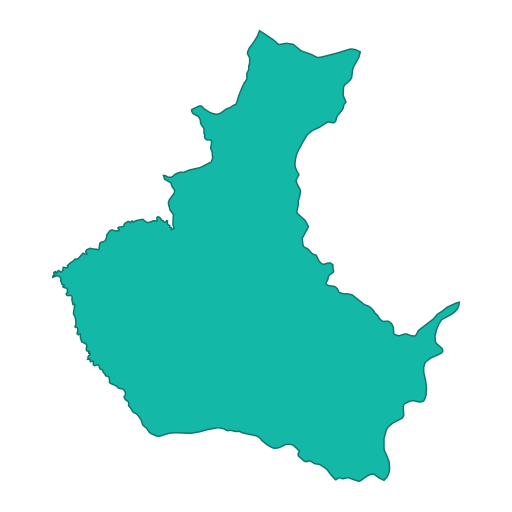 Vijes, Valle del Cauca, Colombia
{"feature_id": "7082276B51677864129735", "entity_name": "Vijes", "entity_type": "district", "adm_level": 2, "iso_a3": "COL", "parent_name": "Colombia", "parent_adm1": "Valle del Cauca", "projection": "albers", "projection_center": [-76.484, 3.756], "detail": "fine", "context": "isolated", "style": "filled", "palette": "teal", "viewbox_px": 512, "rotation_deg": 0, "n_neighbors": 0, "source": "geoboundaries", "source_scale": "gbopen_adm2", "svg_char_len": 5980}
<svg xmlns="http://www.w3.org/2000/svg" viewBox="0 0 512 512"><path d="M459.3,302.2L456.0,303.1L447.5,307.0L441.9,311.4L437.5,314.2L433.5,318.9L418.4,330.5L415.9,335.3L415.1,335.9L413.4,336.0L410.6,335.6L407.5,334.2L405.7,334.0L403.8,334.2L399.9,335.6L397.9,335.6L394.4,334.4L393.7,333.3L393.4,327.6L392.1,324.5L390.7,322.8L388.2,321.2L383.4,321.4L381.8,320.9L379.2,318.2L377.5,315.2L375.1,313.2L373.4,310.4L370.9,307.8L369.0,306.4L364.4,304.6L352.1,294.8L347.5,293.8L343.7,293.8L340.1,292.8L338.9,292.1L337.3,288.7L335.3,286.9L333.7,286.2L329.2,285.8L326.4,284.5L325.9,283.9L326.1,282.7L327.3,280.7L328.1,278.5L328.4,276.5L329.3,275.1L333.1,272.5L333.5,271.8L333.6,270.9L333.0,268.5L332.9,264.8L330.8,263.2L329.9,262.9L326.9,263.3L323.6,264.4L322.3,264.0L320.6,262.8L318.8,260.7L316.2,255.2L313.5,254.4L311.7,253.2L307.8,248.8L304.7,247.4L303.5,246.3L302.9,244.6L302.2,238.4L308.5,226.6L305.3,220.6L297.4,213.4L297.0,212.4L296.8,211.5L298.4,204.5L298.3,200.6L299.6,196.8L300.5,191.1L300.0,189.3L296.6,183.0L296.2,180.8L296.3,179.5L298.8,174.9L298.8,174.2L296.9,171.3L295.5,167.7L294.9,165.0L295.3,160.0L296.5,154.7L298.5,150.1L303.2,141.4L307.0,135.2L308.2,133.9L312.6,130.4L319.4,127.3L326.9,122.4L328.8,121.9L332.7,122.8L333.8,122.7L334.5,122.4L335.8,120.8L336.9,116.7L337.8,115.2L341.9,110.5L343.1,108.3L344.0,104.5L346.0,102.2L343.4,96.0L343.1,93.9L343.6,87.0L344.5,85.1L349.4,80.9L351.5,78.2L352.8,69.0L353.5,66.9L358.8,57.5L360.3,51.9L355.6,49.7L352.4,49.1L350.0,49.1L336.3,53.3L322.2,56.9L318.3,57.5L316.7,57.3L311.5,54.5L301.2,50.9L293.1,44.3L286.4,43.3L278.7,44.6L273.2,39.7L259.6,30.7L257.4,36.1L253.7,42.3L249.2,48.2L247.5,52.2L247.5,53.8L249.4,57.2L249.7,60.4L249.5,63.8L248.7,65.9L248.8,69.4L246.8,73.6L247.0,78.7L245.5,81.4L244.3,82.7L241.6,88.6L238.8,95.6L236.2,104.1L233.5,105.3L230.1,107.5L225.8,109.3L220.9,113.0L217.7,114.3L214.5,113.9L210.4,112.8L203.8,108.6L201.8,106.3L200.4,105.9L199.0,106.1L191.6,109.6L191.9,111.7L193.3,113.8L198.2,116.3L199.9,118.9L200.4,120.6L200.4,122.2L201.1,124.4L202.3,126.3L203.2,127.0L204.0,128.7L204.0,133.4L204.9,134.9L204.5,136.8L204.8,138.0L206.2,139.5L207.3,140.0L210.3,139.8L211.7,141.5L210.7,148.1L211.1,149.5L212.1,151.5L212.6,158.4L211.2,162.0L200.1,167.6L189.4,170.0L183.7,172.4L180.3,172.2L177.3,173.2L174.4,174.7L172.8,176.5L170.8,177.3L168.3,177.2L165.0,175.5L163.4,175.5L164.7,179.3L170.9,182.8L172.1,186.8L174.5,189.7L174.5,191.9L174.1,193.2L169.4,199.7L168.5,202.1L168.4,203.7L170.1,210.1L173.4,214.4L172.9,224.2L174.0,228.4L171.4,229.7L171.5,227.8L170.0,227.2L169.7,226.9L169.8,225.7L167.9,224.4L167.2,223.1L167.5,220.7L167.0,220.5L165.3,222.2L164.3,222.2L162.9,220.5L161.8,220.3L159.9,217.6L158.6,216.9L157.8,216.8L156.8,217.6L157.2,220.2L156.6,221.4L155.4,220.8L153.2,220.7L152.0,221.2L151.5,221.7L147.8,222.6L146.3,222.1L142.8,219.3L136.9,220.4L134.6,221.3L133.6,222.3L132.1,220.9L130.3,222.7L128.9,221.4L127.6,221.6L124.7,223.6L123.3,226.6L118.3,227.3L117.9,228.1L119.4,229.8L119.0,230.5L115.7,231.0L111.9,229.9L110.0,230.6L106.8,234.8L106.6,237.4L105.6,239.4L105.5,240.6L104.0,241.4L100.9,242.3L99.8,243.4L98.9,249.5L98.1,249.8L96.6,249.2L93.8,249.1L90.1,248.3L86.8,249.7L85.6,251.6L86.9,253.7L86.8,254.2L84.5,254.0L83.9,253.3L82.8,253.4L78.1,258.8L75.0,259.2L73.4,260.9L70.5,262.7L68.1,264.9L67.4,265.7L68.1,266.8L67.7,267.6L66.2,267.8L63.2,267.3L62.9,270.2L61.6,271.9L60.6,272.1L58.8,270.5L58.1,270.7L56.9,273.1L56.0,273.0L55.7,271.5L54.8,271.8L53.7,272.8L53.8,273.8L54.4,274.3L54.5,274.9L52.7,276.2L52.8,277.2L57.0,275.7L58.5,276.0L59.8,276.9L61.0,278.7L60.6,281.0L61.5,282.3L61.9,284.2L63.8,284.7L64.2,285.5L62.8,286.4L62.8,286.7L63.6,287.4L66.0,288.0L67.5,289.2L67.3,291.1L67.9,292.1L66.3,293.4L66.3,294.7L67.3,295.6L70.8,295.4L72.0,296.5L72.3,298.1L71.8,299.2L72.8,304.1L73.1,304.7L74.4,304.1L74.8,304.6L73.5,312.4L73.6,314.5L74.7,315.9L75.8,320.1L75.9,325.0L74.9,326.5L75.6,327.4L76.8,327.2L77.6,328.3L78.0,331.0L77.1,332.9L77.2,333.9L78.4,334.8L79.8,333.8L80.3,333.9L80.5,338.4L81.7,341.9L85.5,343.7L86.5,344.6L86.8,346.4L86.3,348.7L86.5,350.5L87.3,351.1L89.0,351.2L89.5,351.6L88.7,352.6L88.7,353.2L90.1,353.4L90.4,354.1L90.1,354.7L89.1,355.3L88.3,356.3L87.8,357.6L88.4,358.5L87.8,359.3L90.1,359.2L90.1,361.1L90.5,361.8L92.7,361.1L93.6,361.6L93.2,364.1L93.4,364.9L94.3,365.6L95.3,365.6L97.7,364.7L98.8,365.3L99.9,368.8L102.7,370.2L103.3,372.5L105.3,374.3L105.2,375.0L105.5,375.7L108.8,376.8L109.5,379.8L109.5,382.4L110.4,383.4L115.9,385.6L118.8,388.3L122.6,389.0L123.5,389.5L125.1,391.8L125.5,393.4L125.2,395.2L124.3,396.3L124.1,397.5L125.3,399.6L128.3,401.7L128.7,403.1L128.6,405.7L130.4,407.8L133.2,412.3L136.6,413.9L138.0,415.5L141.1,419.8L142.7,424.9L147.0,428.7L149.2,432.2L150.8,433.5L156.1,435.9L159.3,436.3L168.3,433.5L172.2,432.9L175.7,432.7L190.5,433.3L199.6,431.8L207.0,429.7L217.8,427.7L221.1,428.1L224.3,429.0L227.1,430.6L231.2,430.4L235.6,431.5L239.5,431.4L243.0,433.0L256.2,435.8L257.9,436.6L260.5,438.7L262.0,440.6L266.6,444.4L270.1,446.6L273.7,448.2L277.4,448.1L280.3,447.1L286.0,444.4L290.1,444.3L292.8,444.9L299.5,451.0L298.0,454.0L298.5,456.1L304.3,461.2L306.0,461.7L309.1,461.0L310.4,461.0L314.3,463.5L319.9,464.6L324.6,467.6L327.4,470.0L330.5,474.3L335.2,479.5L335.9,479.8L338.6,477.9L339.8,477.7L342.8,478.8L348.1,477.6L358.6,481.3L360.6,480.7L366.1,476.7L368.8,475.2L370.4,474.4L373.1,474.1L374.0,474.2L379.1,478.0L384.0,480.3L386.9,477.3L388.8,473.3L389.5,470.2L389.6,467.8L389.1,461.8L386.2,454.3L384.6,451.2L384.0,448.5L384.0,438.6L386.4,429.7L387.9,427.2L392.9,423.0L401.4,418.6L402.6,417.7L403.7,415.3L403.3,407.1L403.9,404.2L410.2,401.0L413.2,400.7L419.3,402.0L422.8,401.5L424.0,400.4L425.1,398.3L426.0,395.1L426.5,388.5L425.6,380.8L423.7,372.2L423.7,367.2L424.8,363.4L425.8,361.8L430.7,358.0L439.1,354.3L441.6,352.9L442.6,351.7L442.8,350.4L441.9,348.3L436.8,343.8L435.8,342.7L435.4,341.4L435.0,336.3L436.5,329.6L439.3,323.2L441.6,319.7L451.6,314.2L454.9,311.8L456.5,310.0L458.0,307.7L458.8,305.6L459.3,302.2Z" fill="#14b8a6" stroke="#0f766e" stroke-width="1.5"/></svg>